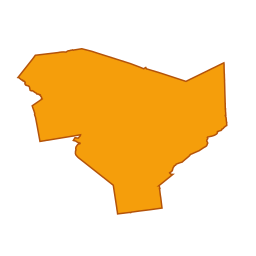 General Treviño, Nuevo León, Mexico, rotated 263°
{"feature_id": "50627088B5673549327791", "entity_name": "General Treviño", "entity_type": "district", "adm_level": 2, "iso_a3": "MEX", "parent_name": "Mexico", "parent_adm1": "Nuevo León", "projection": "equal_earth", "projection_center": [-99.45, 26.212], "detail": "fine", "context": "isolated", "style": "filled", "palette": "amber", "viewbox_px": 256, "rotation_deg": 263, "n_neighbors": 0, "source": "geoboundaries", "source_scale": "gbopen_adm2", "svg_char_len": 5083}
<svg xmlns="http://www.w3.org/2000/svg" viewBox="0 0 256 256"><g transform="rotate(263 128 128)"><path d="M44.0,107.2L44.0,109.0L44.0,110.3L44.0,112.4L44.0,113.9L44.0,119.7L43.8,119.8L43.7,120.1L43.7,120.4L43.7,120.5L44.0,120.9L44.1,121.2L44.1,122.7L44.1,122.9L44.2,128.8L44.2,137.7L44.2,140.9L44.4,152.0L47.0,152.0L48.8,152.0L52.5,152.0L54.5,152.0L54.8,152.0L57.8,151.9L59.3,151.9L61.6,151.9L62.7,151.9L63.9,151.8L64.0,152.3L66.7,151.9L66.8,151.9L67.0,151.8L67.0,151.7L76.5,166.9L76.6,166.2L76.7,165.7L76.9,165.1L77.2,164.7L77.7,164.3L77.8,164.2L78.3,163.8L78.6,163.8L78.8,164.5L78.9,164.8L79.0,165.0L79.2,165.4L79.3,165.6L79.7,166.0L79.9,166.2L80.1,166.7L80.8,167.0L80.8,166.9L81.9,167.4L82.5,167.7L83.3,168.1L84.3,169.1L84.5,169.2L84.6,169.3L84.8,169.3L85.0,169.9L85.2,170.3L85.3,170.5L85.4,170.8L85.5,170.9L86.1,171.3L86.3,171.5L86.5,172.5L87.0,174.5L87.3,175.9L87.5,177.1L87.5,177.3L87.5,177.5L87.7,177.8L88.7,179.2L89.2,180.0L89.7,180.7L91.6,183.7L93.0,185.7L93.5,186.2L93.7,186.3L94.0,186.4L94.1,186.6L94.2,186.8L94.2,187.0L94.3,187.3L94.4,187.6L94.6,188.5L95.0,189.7L96.4,194.4L96.9,196.1L97.0,196.2L97.8,197.8L99.4,201.0L99.8,202.1L100.5,203.5L100.8,203.9L101.0,204.0L101.3,204.2L102.0,204.6L102.5,204.7L102.8,205.0L103.1,205.2L103.2,205.3L103.7,205.2L104.1,205.2L104.6,204.9L104.8,204.8L105.0,204.6L105.9,204.7L106.2,204.7L106.4,204.8L106.6,204.9L107.2,205.4L107.6,205.8L107.8,205.9L108.0,205.9L108.4,205.7L108.5,205.7L108.8,205.6L109.0,205.6L109.2,205.8L109.3,205.9L109.4,206.7L109.7,210.2L110.1,212.3L110.5,213.6L110.8,214.2L111.0,214.7L111.2,215.1L111.6,215.6L111.9,215.9L112.6,216.0L113.6,216.4L113.5,217.3L113.9,217.8L114.1,219.1L114.2,219.8L114.2,220.0L114.9,220.9L115.1,220.9L115.3,220.9L115.4,221.1L115.5,221.3L115.7,221.9L116.0,222.5L116.6,223.1L116.8,223.2L116.9,223.3L116.9,223.5L117.3,224.1L118.0,225.1L118.4,226.3L118.9,226.4L119.4,226.4L120.2,226.4L120.8,226.5L121.1,226.7L121.5,226.5L121.9,226.6L122.4,226.5L122.9,226.5L123.8,226.5L124.1,226.5L124.4,226.5L124.5,226.6L126.8,226.6L127.0,226.4L127.6,226.3L128.1,226.1L128.4,226.1L128.3,226.4L128.2,226.5L128.3,226.6L131.4,226.8L132.8,226.8L135.0,227.1L135.0,226.9L139.2,227.3L140.4,227.5L141.4,227.5L144.2,227.8L150.9,228.4L156.0,228.9L160.1,229.3L162.7,229.5L162.9,229.6L166.9,229.9L169.8,230.2L170.7,230.2L174.8,230.6L175.0,230.6L179.6,231.1L181.0,231.1L179.8,227.5L178.4,223.5L177.9,222.1L177.7,221.5L176.8,218.8L172.9,207.6L171.3,203.0L169.7,198.3L169.6,198.0L169.5,197.9L169.2,196.8L168.9,195.9L168.5,194.9L167.9,193.1L167.2,191.2L178.5,167.1L184.5,153.5L185.9,153.0L185.7,152.5L185.5,152.1L185.4,151.8L185.3,151.5L185.1,151.3L185.0,151.2L184.9,150.7L186.6,147.8L191.6,138.3L206.1,106.6L208.5,101.5L212.3,91.8L212.0,83.6L211.9,83.2L212.1,83.1L212.3,82.6L212.3,82.4L212.1,82.1L212.1,81.8L212.1,81.6L212.1,81.4L212.2,81.1L212.1,80.7L212.1,80.2L211.9,79.7L211.9,79.0L211.9,78.0L211.6,77.2L211.4,76.7L211.0,76.1L210.9,75.7L211.0,75.4L211.1,74.7L211.3,73.7L211.4,72.8L211.5,71.2L211.5,69.7L211.5,68.9L211.4,68.1L211.4,66.9L211.4,65.7L211.5,44.9L208.1,41.7L191.5,24.9L191.4,25.2L191.3,25.7L191.2,25.9L191.1,26.1L190.9,26.2L190.7,26.3L190.1,26.9L189.9,27.1L189.6,27.3L189.2,27.8L188.8,28.1L188.7,28.2L188.6,28.3L188.5,28.5L188.5,28.8L188.5,29.0L188.3,29.3L188.1,29.3L187.9,29.3L187.7,29.4L187.5,29.5L187.4,29.6L187.4,29.8L187.4,30.1L187.4,30.3L187.2,30.6L186.8,30.6L186.7,30.7L186.5,30.9L186.5,31.1L186.3,31.3L186.1,31.4L185.9,31.5L185.6,31.5L185.4,31.5L185.3,31.4L185.2,31.3L185.1,31.2L184.8,31.1L184.6,31.1L184.2,31.1L184.0,31.4L183.8,31.5L183.7,31.6L183.4,31.5L183.1,31.6L183.0,32.0L182.9,32.3L182.7,32.5L182.4,32.9L182.3,33.1L182.2,33.5L182.1,34.0L181.6,34.5L181.2,35.0L180.6,35.2L180.2,35.2L180.0,35.3L179.6,35.2L179.3,35.3L179.0,35.3L178.7,35.4L178.2,35.4L177.9,35.4L177.6,35.4L177.3,35.5L177.0,35.9L176.9,36.4L176.8,36.6L176.7,36.7L176.6,36.9L176.7,37.1L176.7,37.4L176.7,37.6L176.5,37.9L176.2,38.3L175.9,38.5L175.8,38.8L175.6,39.1L175.4,39.3L175.1,39.4L175.0,39.6L174.6,40.1L174.3,40.4L174.2,40.6L174.0,40.8L173.8,41.2L173.6,41.4L173.3,41.5L173.1,41.5L172.9,41.6L172.8,41.8L172.7,42.2L172.7,42.4L172.6,42.7L172.5,43.1L172.4,43.4L172.3,43.7L172.1,43.8L171.8,43.9L171.7,44.0L171.5,44.3L171.7,44.7L171.7,44.9L171.5,45.0L171.3,45.1L171.2,45.1L170.9,45.1L170.7,45.1L170.3,45.2L170.1,45.3L169.7,45.7L169.5,45.8L169.2,45.9L168.4,46.0L168.3,45.8L168.2,45.7L167.9,45.7L167.5,46.1L167.3,46.3L161.7,35.6L159.6,36.0L156.2,36.8L153.8,37.2L153.0,37.0L152.7,36.9L152.4,37.0L152.1,37.0L151.6,37.1L149.9,37.5L140.8,38.1L133.9,38.5L130.5,38.7L125.4,39.0L125.6,44.3L125.7,45.2L125.7,47.4L126.3,61.8L126.8,74.7L127.1,80.1L126.2,79.8L124.0,77.3L124.8,74.2L122.3,72.2L122.0,72.9L121.8,73.5L121.5,74.4L120.0,76.1L119.6,76.8L119.2,78.0L118.8,78.6L118.7,78.6L118.3,78.4L118.2,77.4L118.2,76.9L117.7,76.1L116.9,75.3L115.5,74.1L114.4,73.7L113.4,73.6L113.2,73.6L112.9,73.7L112.6,73.7L112.1,73.4L111.5,73.1L110.5,72.9L109.0,72.7L108.5,72.8L107.8,72.9L107.5,73.1L106.2,73.9L105.4,74.5L105.0,74.8L104.4,75.3L99.8,79.9L73.0,106.4L50.1,107.1L47.7,107.1L47.4,107.2L44.0,107.2Z" fill="#f59e0b" stroke="#b45309" stroke-width="1.5"/></g></svg>